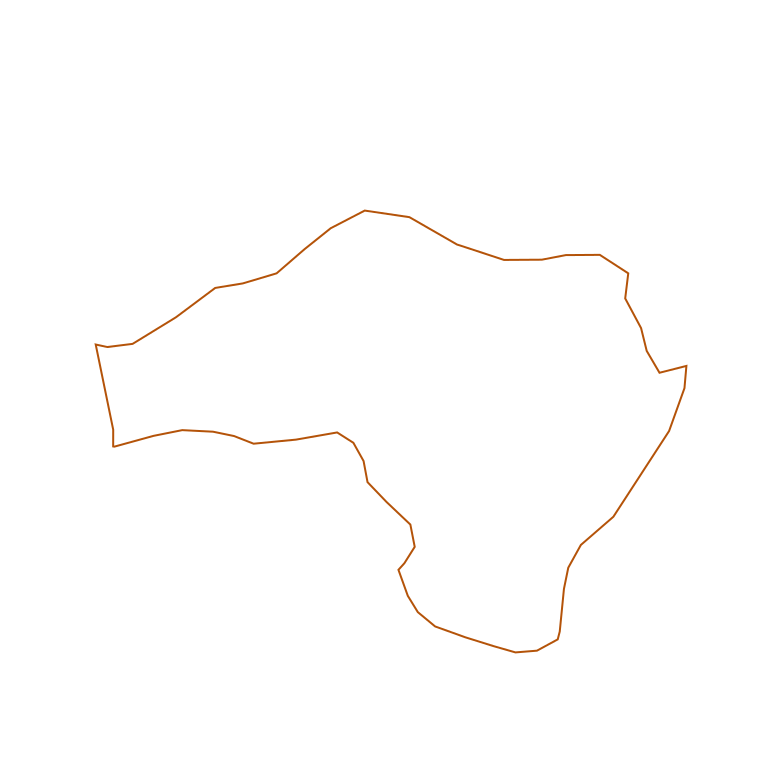 Manatuto, Albers equal-area conic projection, rotated 113°
{"feature_id": "TLS-550", "entity_name": "Manatuto", "entity_type": "District", "adm_level": 1, "iso_a3": "TLS", "parent_name": "East Timor", "parent_adm1": "", "projection": "albers", "projection_center": [126.0, -8.769], "detail": "fine", "context": "isolated", "style": "outline", "palette": "amber", "viewbox_px": 768, "rotation_deg": 113, "n_neighbors": 0, "source": "natural_earth", "source_scale": "10m", "svg_char_len": 850}
<svg xmlns="http://www.w3.org/2000/svg" viewBox="0 0 768 768"><g transform="rotate(113 384 384)"><path d="M547.3,608.9L531.9,615.4L460.3,664.8L458.1,653.2L445.3,631.1L403.9,601.6L361.5,576.9L346.6,553.3L324.1,526.1L290.9,509.8L261.4,493.9L231.9,469.5L220.5,425.8L227.1,371.2L226.8,368.4L222.9,322.0L207.9,287.3L194.3,267.0L180.8,235.8L186.7,202.4L211.0,195.4L232.1,169.2L250.9,155.1L266.0,134.8L249.2,112.7L270.4,105.8L315.9,103.2L416.6,121.0L455.2,139.9L481.1,142.6L502.3,138.3L543.2,125.5L551.2,124.3L569.7,139.0L579.7,158.1L582.5,180.9L585.4,210.3L587.2,242.2L580.8,263.7L569.7,279.3L549.4,298.1L541.0,295.2L521.9,292.1L503.1,304.8L491.6,335.6L480.8,360.8L462.9,372.7L450.1,389.2L446.9,408.2L469.6,443.3L489.9,480.7L490.5,501.7L494.7,522.7L505.3,551.7L521.8,575.9L547.0,607.7L547.3,608.9Z" fill="none" stroke="#b45309" stroke-width="2"/></g></svg>